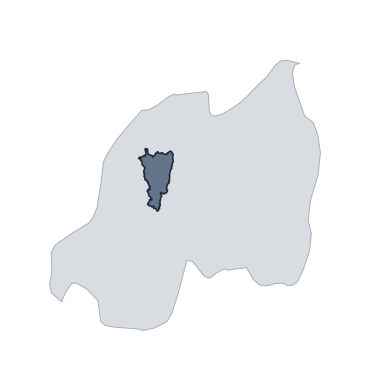 location of Ngororero, Western, Rwanda, rotated 11°
{"feature_id": "39286606B38913138871456", "entity_name": "Ngororero", "entity_type": "district", "adm_level": 2, "iso_a3": "RWA", "parent_name": "Rwanda", "parent_adm1": "Western", "projection": "equal_earth", "projection_center": [29.551, -1.904], "detail": "fine", "context": "in_parent", "style": "filled", "palette": "slate", "viewbox_px": 384, "rotation_deg": 11, "n_neighbors": 0, "source": "geoboundaries", "source_scale": "gbopen_adm2", "svg_char_len": 6800}
<svg xmlns="http://www.w3.org/2000/svg" viewBox="0 0 384 384"><g transform="rotate(11 192 192)"><path d="M155.6,99.4L159.7,99.3L186.8,90.6L189.5,93.3L193.8,110.2L196.1,112.7L199.9,113.3L207.5,109.4L221.4,96.1L227.5,88.1L234.7,76.8L243.8,64.1L248.9,52.9L253.9,46.4L260.4,44.5L267.7,45.0L272.7,45.2L268.5,47.9L267.7,56.0L272.4,69.0L288.0,95.9L297.9,100.9L304.3,111.4L310.6,129.0L312.5,151.1L309.9,177.6L311.4,197.4L317.1,210.3L318.6,227.1L315.9,247.7L312.6,260.1L308.7,264.2L304.3,265.7L298.3,264.3L291.0,266.0L283.1,269.9L278.1,270.5L275.0,269.7L269.2,266.4L259.9,255.8L242.7,261.7L238.0,261.5L231.7,266.6L226.5,272.8L223.4,273.3L220.2,272.4L205.3,259.8L199.9,260.2L197.7,295.6L195.2,315.2L192.1,323.9L181.5,332.4L170.8,337.2L164.9,336.8L141.4,339.5L132.2,339.5L127.1,336.6L120.5,316.6L108.0,307.7L96.0,303.5L91.2,304.7L86.8,315.2L85.0,324.6L73.4,318.1L69.9,310.2L69.6,296.8L65.4,278.4L67.7,270.5L72.3,265.4L81.9,255.7L96.6,242.3L99.7,235.8L101.8,225.1L100.9,200.3L99.4,179.2L101.2,171.8L107.9,155.5L116.9,138.9L127.3,121.3L133.6,119.6L141.9,113.0L150.7,103.1L155.6,99.4Z" fill="#d9dde1" stroke="#a8b0b8" stroke-width="1"/><path d="M165.9,158.1L165.2,158.0L165.1,157.9L165.0,157.2L164.7,156.7L164.1,156.6L163.9,156.5L163.5,156.3L163.3,155.9L162.8,156.2L162.7,156.4L162.3,156.6L162.0,156.7L161.8,156.9L161.8,157.3L161.4,157.6L160.6,158.0L160.6,158.3L160.7,158.5L160.8,158.9L160.5,159.1L160.4,159.3L160.5,159.5L160.2,159.6L159.8,159.4L159.5,160.1L159.1,160.0L158.5,160.1L158.0,160.0L157.7,160.2L157.1,160.0L156.9,160.1L156.6,159.7L156.0,159.6L155.6,159.2L155.3,159.1L154.8,159.2L154.6,159.5L154.1,159.6L153.8,160.1L152.7,160.3L152.4,160.1L151.8,160.1L150.9,159.0L150.7,159.1L150.5,159.6L150.1,159.7L150.1,159.9L150.0,160.1L150.0,160.5L149.8,160.7L149.8,160.8L149.5,160.8L149.4,161.0L149.3,160.7L148.9,160.8L148.9,161.7L148.7,161.9L148.7,162.2L148.3,162.7L148.3,163.3L147.9,163.6L147.7,164.0L147.4,164.3L147.4,164.7L147.1,164.9L146.9,165.2L146.3,164.3L146.3,164.0L145.6,164.1L145.3,164.2L144.4,163.5L144.1,163.5L143.7,163.4L142.8,163.5L142.5,163.3L142.2,163.5L141.6,163.3L141.2,163.0L141.3,162.3L141.2,161.6L141.2,161.1L140.7,160.5L140.5,160.0L140.0,160.1L140.1,159.6L140.5,158.9L140.5,158.7L139.9,158.2L139.2,158.4L138.4,158.1L137.8,158.7L137.8,158.9L137.9,159.0L137.8,159.5L138.1,160.3L138.3,160.5L138.7,160.6L139.1,161.1L138.9,161.4L139.0,161.7L139.2,162.2L139.4,162.5L139.4,163.3L139.2,163.8L139.1,164.2L139.3,164.6L139.3,165.3L139.0,164.9L138.5,165.1L138.4,165.0L138.2,165.1L138.0,165.6L137.5,165.6L136.4,166.8L136.4,167.1L136.1,167.5L135.7,168.1L135.4,168.2L135.2,167.7L135.0,167.8L134.7,167.6L134.6,168.0L134.3,167.9L134.0,168.0L133.7,168.2L133.3,168.4L133.2,168.7L133.5,168.9L133.5,169.1L133.8,168.9L133.9,169.0L133.9,169.4L134.0,169.4L134.0,169.5L134.5,169.6L134.5,169.3L134.7,169.2L134.9,169.4L135.1,169.3L135.3,169.5L135.2,169.8L135.3,170.1L135.4,170.5L135.5,170.8L135.7,171.1L136.3,171.0L136.6,171.6L137.1,171.8L137.4,173.0L137.5,173.3L137.5,173.6L137.6,174.2L138.0,174.4L138.0,174.6L138.3,175.3L138.8,175.3L139.1,175.6L139.3,175.5L140.1,176.5L140.9,176.5L141.3,176.9L141.1,177.5L141.2,178.3L140.9,178.7L140.9,179.0L140.6,179.4L140.8,180.3L140.8,180.8L140.6,181.1L140.7,181.3L141.0,181.7L141.1,181.8L141.1,182.0L141.1,182.7L141.3,182.7L141.7,183.1L141.8,183.0L141.9,183.3L142.0,183.6L142.0,183.8L141.8,183.7L141.8,183.9L141.8,184.5L142.3,185.2L142.5,185.7L142.3,185.8L142.5,185.9L142.4,186.3L142.6,186.4L142.7,186.8L142.9,186.9L143.1,187.4L143.3,187.6L143.2,188.0L143.3,188.3L143.5,188.6L143.4,188.8L143.5,188.9L143.9,188.5L144.0,188.7L144.4,188.8L144.7,189.2L144.8,189.0L145.0,189.3L145.4,189.9L145.7,190.0L146.1,189.8L146.2,190.2L146.5,190.5L146.7,190.4L147.0,190.6L146.8,191.1L147.1,191.1L147.1,191.3L147.0,191.5L147.4,191.7L147.4,191.9L147.5,191.9L147.8,192.3L147.8,193.0L148.1,193.3L148.4,193.9L148.9,194.2L149.1,194.6L149.3,194.5L149.6,194.5L149.6,194.8L150.1,195.1L149.9,195.8L149.5,195.9L149.3,196.5L149.5,196.7L149.3,197.0L149.6,197.2L149.4,197.2L149.5,197.4L149.4,197.5L149.5,197.6L149.4,197.8L149.5,197.8L149.3,198.0L149.1,198.0L149.3,198.3L149.0,198.5L149.0,198.8L148.7,198.7L148.5,198.9L148.3,198.7L148.2,198.8L148.1,198.7L147.9,198.8L147.8,199.4L148.1,199.6L148.1,200.0L148.4,200.1L148.9,201.1L149.9,202.4L150.0,203.1L150.4,203.9L151.0,204.1L151.1,204.4L151.9,204.7L152.5,205.8L152.8,206.0L153.1,205.9L153.2,206.1L153.4,206.0L153.8,206.3L154.0,206.5L154.2,206.9L154.2,207.1L153.9,207.4L153.6,207.4L153.5,207.5L153.2,207.3L152.9,207.4L152.8,207.5L152.6,207.4L152.2,207.6L151.9,208.1L151.6,208.2L152.1,209.6L151.6,210.0L151.0,211.0L150.8,211.6L150.7,212.3L150.8,212.4L150.8,212.6L150.9,212.8L151.1,213.0L151.6,212.9L152.1,213.4L152.6,212.9L152.8,212.9L152.9,213.4L153.1,213.4L153.2,213.6L154.0,213.6L154.6,214.0L155.3,214.0L155.7,214.3L156.1,214.1L156.5,213.4L157.0,213.3L156.9,213.8L157.0,214.0L157.3,214.3L157.5,215.4L158.6,215.0L159.0,215.0L159.3,215.3L159.4,215.2L159.8,215.1L160.1,215.9L160.4,216.2L160.8,216.8L161.0,217.0L161.4,217.0L161.6,217.4L161.8,217.3L162.0,217.0L162.1,216.6L162.1,216.3L162.3,216.2L162.6,216.4L162.7,216.2L162.8,215.6L162.6,215.5L162.5,215.1L162.7,214.7L163.0,214.5L163.2,214.2L162.8,214.0L162.9,213.8L162.7,213.7L162.6,213.4L162.8,213.1L162.7,212.8L163.0,212.9L163.0,212.1L163.2,211.8L163.1,211.6L163.4,211.4L163.4,211.2L163.3,210.9L163.0,210.6L163.1,210.1L162.9,210.1L162.8,209.4L162.4,209.3L162.4,208.9L162.6,208.5L162.4,207.8L162.5,207.4L162.4,206.9L162.1,206.6L162.4,206.2L162.6,206.0L162.7,205.7L162.4,205.5L162.3,204.4L162.1,204.2L162.3,203.6L162.4,203.0L162.6,202.8L162.8,202.8L163.1,202.3L163.1,202.0L162.9,201.7L162.8,201.2L162.5,200.8L162.2,200.7L161.8,200.3L161.3,199.5L161.3,198.8L161.5,198.4L162.1,198.6L162.3,198.5L163.4,199.2L163.6,199.0L164.0,199.3L164.4,199.0L164.7,199.0L164.9,198.7L165.3,198.9L165.5,198.5L165.9,198.5L166.1,198.2L166.7,198.1L167.1,197.0L167.6,196.5L167.7,196.0L167.6,194.8L167.4,194.2L166.9,193.9L166.6,193.9L166.3,193.5L166.2,193.4L166.1,192.4L166.5,191.8L166.2,190.9L166.5,190.1L166.2,189.9L166.2,189.3L166.8,188.5L167.0,188.4L167.4,188.3L167.7,187.7L167.3,187.3L167.3,186.9L167.3,186.2L167.7,186.2L167.9,185.3L167.6,184.9L167.4,183.6L167.1,183.3L167.4,182.6L167.4,181.9L167.0,180.8L167.0,180.2L166.7,180.0L166.7,179.6L166.4,179.4L166.6,178.9L166.5,178.0L166.7,177.6L166.5,177.0L166.6,176.4L166.8,176.0L166.8,175.5L166.9,175.1L166.6,174.3L166.9,174.1L167.0,173.5L167.2,173.4L167.3,173.1L167.6,172.9L167.4,172.0L167.1,172.0L167.2,170.6L167.5,170.6L167.6,169.9L167.1,169.0L167.3,167.9L167.2,167.2L167.3,167.1L167.5,167.1L167.7,166.9L167.5,166.2L167.7,165.8L167.6,165.6L167.4,165.6L167.5,164.6L167.4,164.4L167.2,164.3L166.8,163.2L167.0,162.7L166.8,162.6L166.6,162.2L166.4,161.6L166.3,161.2L166.4,160.4L166.4,159.9L166.6,159.3L166.0,158.7L165.9,158.1Z" fill="#64748b" stroke="#1e293b" stroke-width="1.5"/></g></svg>